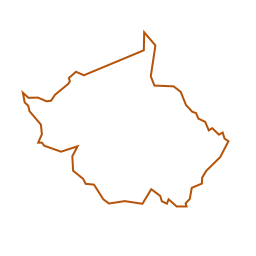 outline of Konche, Konče, North Macedonia, rotated 167°
{"feature_id": "65306769B3097110342626", "entity_name": "Konche", "entity_type": "district", "adm_level": 2, "iso_a3": "MKD", "parent_name": "North Macedonia", "parent_adm1": "Konče", "projection": "mercator", "projection_center": [22.397, 41.52], "detail": "fine", "context": "isolated", "style": "outline", "palette": "amber", "viewbox_px": 256, "rotation_deg": 167, "n_neighbors": 0, "source": "geoboundaries", "source_scale": "gbopen_adm2", "svg_char_len": 870}
<svg xmlns="http://www.w3.org/2000/svg" viewBox="0 0 256 256"><g transform="rotate(167 128 128)"><path d="M90.7,217.6L95.1,200.2L159.2,189.3L166.0,194.5L174.4,190.0L174.1,186.6L176.7,184.2L191.5,176.9L196.9,171.9L201.3,172.3L209.0,177.9L218.2,179.8L222.5,186.0L222.9,176.2L220.2,172.1L220.2,166.5L212.1,150.9L213.3,141.3L218.8,133.9L215.2,133.1L213.5,129.5L198.6,120.0L181.3,121.5L188.6,113.0L191.1,98.7L183.2,88.6L181.8,83.1L173.9,80.5L168.1,64.1L163.5,58.7L147.6,57.5L131.0,50.9L119.1,63.1L111.9,54.6L111.5,49.0L107.1,45.5L104.5,49.4L98.2,40.6L88.6,38.4L88.8,41.7L83.8,44.9L79.3,55.4L68.5,57.2L67.0,62.8L61.5,68.6L44.7,78.9L33.1,92.5L36.3,96.0L36.8,102.3L40.9,101.1L46.0,108.9L49.8,107.5L51.4,116.6L57.3,121.3L58.4,127.3L61.7,129.3L66.3,137.3L68.5,151.3L74.2,158.3L92.7,163.4L94.2,173.2L82.7,202.3L90.7,217.6Z" fill="none" stroke="#b45309" stroke-width="2"/></g></svg>